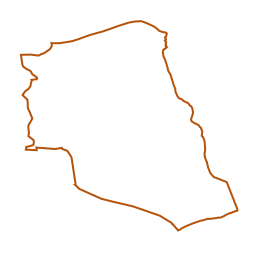 the district of Bayt Al Faqih, Al Hudaydah, Yemen, rotated 266°
{"feature_id": "15242507B83737515314147", "entity_name": "Bayt Al Faqih", "entity_type": "district", "adm_level": 2, "iso_a3": "YEM", "parent_name": "Yemen", "parent_adm1": "Al Hudaydah", "projection": "equal_earth", "projection_center": [43.296, 14.46], "detail": "fine", "context": "isolated", "style": "outline", "palette": "amber", "viewbox_px": 256, "rotation_deg": 266, "n_neighbors": 0, "source": "geoboundaries", "source_scale": "gbopen_adm2", "svg_char_len": 4402}
<svg xmlns="http://www.w3.org/2000/svg" viewBox="0 0 256 256"><g transform="rotate(266 128 128)"><path d="M22.3,170.8L23.2,173.2L24.1,174.4L24.9,176.5L25.5,177.8L26.2,179.8L27.3,182.8L27.5,183.7L28.2,185.7L29.0,188.5L29.5,190.6L30.6,194.5L30.7,196.4L31.4,199.3L31.8,201.9L31.6,203.4L31.9,207.7L32.0,209.8L32.3,211.6L32.2,213.2L32.3,214.5L32.9,216.1L33.4,217.6L34.5,219.6L35.2,221.8L35.8,223.0L36.1,224.6L36.8,227.0L37.1,227.8L37.3,228.7L37.6,229.4L37.7,230.2L38.0,231.4L38.9,231.3L39.9,231.3L40.4,231.1L41.3,230.9L43.5,230.2L44.3,229.9L45.5,229.5L47.2,229.0L48.1,228.7L49.3,228.4L51.5,227.6L52.3,227.4L55.4,226.4L55.7,226.3L57.7,225.7L62.7,224.1L65.4,223.3L67.2,222.7L69.3,218.2L69.8,217.2L73.2,210.0L73.3,209.9L77.5,206.9L79.7,206.2L83.3,205.1L88.7,204.3L88.9,204.1L90.8,203.5L92.0,203.1L94.1,202.5L94.3,202.8L96.8,202.5L97.1,202.4L98.2,202.8L98.6,202.9L100.3,203.5L105.1,203.5L107.1,203.5L107.3,203.5L109.7,203.4L109.9,203.4L112.8,202.5L113.0,202.4L113.4,202.3L114.8,201.3L115.1,201.0L115.9,201.2L118.6,201.7L119.5,201.9L119.8,201.8L121.9,201.0L122.0,201.0L122.4,200.9L123.3,200.6L123.6,200.1L126.3,198.3L127.0,196.6L128.0,195.2L129.6,192.6L130.3,192.0L131.5,191.6L132.8,191.6L133.5,192.0L135.2,192.7L137.3,193.5L138.5,193.9L139.2,193.9L142.6,193.6L145.2,192.6L146.3,191.1L147.3,190.6L148.5,189.8L148.6,189.7L151.2,185.1L151.6,184.8L152.4,184.2L153.1,183.4L153.9,181.2L154.9,180.5L155.0,180.4L155.8,179.7L159.5,178.4L160.5,178.0L160.7,177.9L162.4,177.9L163.7,177.9L165.1,177.4L167.2,176.7L169.1,176.3L170.9,175.9L172.2,175.6L172.4,175.5L174.0,175.1L174.4,175.0L178.6,174.0L179.2,173.7L181.4,172.5L184.0,171.7L185.1,171.8L187.1,171.3L188.4,171.0L189.8,170.7L191.6,170.2L191.8,170.2L193.3,169.8L194.1,169.6L197.2,168.3L198.9,168.2L201.0,168.0L203.7,168.8L204.4,170.5L204.5,170.6L205.8,172.4L206.2,171.9L206.5,171.5L206.9,171.2L207.3,171.4L207.5,171.6L207.6,171.8L208.0,171.7L208.3,171.5L209.0,171.4L209.5,171.4L209.9,171.6L210.3,171.9L210.9,172.1L211.2,172.0L211.5,171.8L212.1,171.2L212.7,170.9L212.9,171.1L213.2,171.6L213.6,172.0L214.2,172.0L214.4,171.7L214.9,171.4L215.5,171.4L215.9,171.3L216.2,171.8L216.5,172.3L217.0,172.6L217.6,172.6L218.4,172.8L219.0,173.2L219.8,173.2L220.1,172.9L220.5,172.4L220.8,172.2L220.8,171.6L220.8,170.9L221.9,167.9L222.8,165.9L224.8,164.1L226.6,162.0L227.7,160.6L229.4,157.5L231.5,153.5L233.7,148.6L233.7,147.1L233.7,141.4L233.3,138.1L233.2,136.8L230.5,125.5L228.2,117.4L227.7,115.7L226.2,110.0L225.9,108.8L225.4,106.1L225.3,105.8L225.1,104.3L224.7,102.7L223.3,96.2L221.0,87.9L220.6,86.8L219.9,84.0L219.2,81.1L218.6,79.1L218.3,76.0L217.7,69.8L217.7,69.3L217.4,65.8L217.7,60.8L217.7,60.2L218.0,57.6L216.8,57.8L215.2,57.7L214.6,57.4L213.8,56.8L213.2,56.4L211.9,55.3L211.7,55.0L211.0,53.9L210.5,52.9L209.4,51.0L208.7,49.9L208.6,49.6L208.0,48.3L208.0,47.2L208.0,46.9L207.0,45.2L206.5,43.7L207.0,41.0L208.0,36.0L208.2,31.9L208.4,28.0L208.4,26.7L208.4,26.3L205.1,26.6L198.9,27.0L196.6,27.7L194.2,30.5L191.6,34.8L188.1,36.4L186.3,39.0L184.7,40.6L183.8,40.8L183.0,40.3L183.0,39.1L182.7,35.0L182.3,35.1L181.5,35.2L179.5,34.3L177.4,33.8L176.8,33.7L174.1,31.7L171.9,28.1L170.0,26.5L169.9,26.4L168.3,25.1L167.2,26.0L165.8,27.3L163.5,29.5L163.4,29.5L161.3,29.7L161.1,29.7L160.9,29.7L159.9,29.7L159.6,29.7L158.3,29.6L158.2,29.6L154.8,29.5L152.8,30.3L150.4,31.2L149.3,31.6L149.2,31.6L148.3,31.9L146.7,32.4L144.2,33.2L141.6,31.6L138.3,29.3L136.5,28.6L132.6,28.7L129.5,28.8L129.2,28.7L127.4,28.2L127.2,28.2L126.8,28.1L123.2,32.2L122.0,33.1L120.7,33.1L119.2,32.8L118.4,32.7L118.2,32.5L117.9,32.4L117.6,32.0L117.4,31.7L117.2,30.6L116.7,28.3L116.2,25.3L113.5,24.6L112.9,30.0L112.6,32.5L112.2,35.3L114.9,35.3L114.8,35.6L114.5,37.4L114.3,39.3L113.7,43.2L113.3,45.9L113.2,46.6L112.9,48.5L112.5,50.9L112.2,53.0L112.1,53.4L112.1,53.6L112.2,54.0L112.2,54.8L112.5,57.3L112.8,60.6L111.8,60.8L109.4,65.9L107.7,66.9L104.5,68.7L103.1,69.5L102.2,69.6L98.9,69.9L81.7,71.3L74.8,71.9L74.8,71.5L74.7,71.6L74.3,71.9L72.7,73.4L70.9,74.9L70.9,75.0L70.7,75.1L65.9,84.0L61.4,92.5L60.6,94.0L59.2,96.6L55.4,108.3L54.7,110.5L54.4,111.5L53.5,114.5L51.3,121.6L49.6,127.0L49.1,128.3L49.0,128.6L47.6,131.9L46.9,133.5L46.4,134.7L43.1,142.5L41.7,145.6L38.4,153.4L37.3,155.0L35.8,157.1L31.9,162.6L30.5,164.6L30.4,164.7L29.5,165.0L29.4,165.1L29.4,165.3L29.3,165.5L28.7,166.0L27.7,166.7L27.4,167.0L27.5,167.0L24.6,169.2L24.1,169.6L23.5,170.1L23.1,170.4L22.3,170.8Z" fill="none" stroke="#b45309" stroke-width="2"/></g></svg>